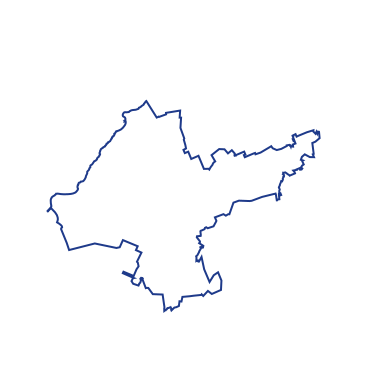 the district of Pitiquito, Sonora, Mexico, rotated 67°
{"feature_id": "50627088B68364674252683", "entity_name": "Pitiquito", "entity_type": "district", "adm_level": 2, "iso_a3": "MEX", "parent_name": "Mexico", "parent_adm1": "Sonora", "projection": "robinson", "projection_center": [-112.292, 30.097], "detail": "fine", "context": "isolated", "style": "outline", "palette": "blue", "viewbox_px": 384, "rotation_deg": 67, "n_neighbors": 0, "source": "geoboundaries", "source_scale": "gbopen_adm2", "svg_char_len": 5931}
<svg xmlns="http://www.w3.org/2000/svg" viewBox="0 0 384 384"><g transform="rotate(67 192 192)"><path d="M90.4,198.5L90.5,199.0L91.0,199.9L91.7,201.0L92.0,201.8L92.5,202.1L92.8,202.7L93.0,204.0L93.1,204.3L93.2,205.0L93.7,206.1L93.7,208.0L94.4,208.6L94.5,208.9L94.3,211.6L93.3,214.9L93.1,216.2L93.3,217.1L93.2,217.6L93.7,218.9L93.0,221.2L92.3,222.6L92.3,223.7L93.1,224.9L93.6,225.4L94.4,225.8L95.1,225.9L95.5,225.8L96.7,224.9L97.4,224.6L98.3,224.6L99.7,225.2L100.0,225.4L100.0,225.5L100.2,225.3L100.1,225.6L100.5,225.9L99.6,227.1L100.5,225.9L100.7,226.1L100.7,225.8L100.8,225.8L101.0,226.0L100.9,225.7L101.1,225.5L101.8,225.7L102.8,226.2L103.9,227.2L104.4,227.9L105.8,230.4L106.6,232.7L106.7,233.4L106.8,235.3L106.7,237.1L106.5,237.8L106.8,238.0L106.7,238.3L107.0,238.8L107.7,239.6L107.9,240.5L108.3,240.5L108.4,241.0L109.1,241.2L109.8,242.1L109.8,243.1L109.9,243.4L110.1,243.4L110.4,243.6L110.6,244.4L111.2,244.7L111.3,245.1L111.5,245.1L112.0,246.0L113.2,247.5L113.3,248.4L113.5,248.8L113.4,249.8L114.1,250.4L114.1,251.7L114.7,252.0L114.7,252.3L115.2,252.8L115.3,253.3L115.5,253.5L115.6,254.0L115.9,254.1L116.1,254.4L116.1,255.8L116.3,256.8L116.6,257.0L116.6,257.7L117.0,259.2L117.9,260.0L118.1,260.4L118.6,260.6L120.0,261.9L120.3,262.0L121.2,261.8L121.8,262.3L121.9,262.7L122.4,263.0L122.7,263.7L123.2,264.1L123.4,265.3L123.7,265.8L124.0,266.2L124.3,266.3L124.5,266.7L124.9,266.9L125.1,267.3L125.2,267.9L125.4,268.3L125.4,268.5L125.5,268.6L125.5,270.0L125.7,270.4L126.1,270.8L126.5,271.6L126.8,271.9L127.4,272.9L127.6,273.3L127.8,274.7L128.0,275.2L128.4,275.5L129.6,276.0L130.1,277.3L131.1,277.9L131.3,278.2L132.2,280.2L132.5,280.6L133.8,281.1L134.5,281.8L136.0,283.5L136.9,284.0L138.4,285.8L139.2,287.2L139.5,288.0L139.2,289.9L139.0,290.3L139.5,291.1L139.3,292.4L139.4,292.7L140.2,293.5L140.6,293.6L140.8,294.2L141.3,294.3L141.8,295.1L143.4,295.7L144.2,295.6L144.6,295.7L145.2,296.2L145.6,296.7L146.5,298.4L146.9,299.5L146.9,301.9L146.5,304.0L145.8,306.3L144.2,310.5L142.7,313.5L141.0,316.3L140.8,317.1L140.5,317.8L141.1,318.7L141.1,319.2L141.5,319.9L141.5,320.7L141.8,322.3L142.2,323.3L142.6,323.6L142.8,324.0L143.6,324.8L144.7,325.4L147.4,326.4L148.3,326.5L148.6,326.7L149.4,326.8L149.8,326.9L150.0,327.2L150.6,327.3L150.9,327.7L152.1,330.3L152.4,330.5L152.8,332.2L153.1,332.4L153.4,332.4L153.5,332.0L153.2,331.8L152.9,330.9L152.7,330.9L152.5,330.4L152.3,329.3L151.6,328.6L152.4,327.8L157.2,326.0L160.5,325.4L163.0,325.6L164.6,326.1L166.0,327.0L167.2,328.1L169.3,326.6L171.2,325.6L172.3,325.2L173.1,325.2L173.8,325.4L174.3,326.6L175.1,327.0L189.9,327.2L197.4,327.8L201.4,301.6L214.0,283.4L214.6,280.1L209.3,274.4L220.7,263.2L223.6,266.3L228.0,262.2L234.7,269.9L235.9,269.5L239.5,270.2L241.5,273.3L246.5,278.5L238.6,286.2L239.7,287.4L248.5,279.1L248.3,280.1L250.4,282.5L253.5,282.0L257.2,277.8L256.0,276.5L255.7,276.4L255.2,275.0L253.5,273.6L251.6,273.4L251.1,272.4L251.8,271.3L252.5,271.1L253.2,271.7L262.4,272.1L262.4,271.7L263.1,269.9L263.3,269.7L270.7,268.0L274.9,259.1L287.0,262.3L287.9,262.7L288.2,263.0L290.7,264.0L290.4,262.8L290.2,262.6L290.5,262.3L290.1,261.6L290.1,261.1L289.9,261.0L289.6,260.4L289.4,260.2L289.3,259.9L289.6,259.2L289.6,257.5L289.9,257.0L289.8,256.7L291.3,256.6L292.2,257.2L293.0,257.2L291.5,253.4L291.9,251.5L291.8,248.6L287.7,246.2L288.7,244.5L284.8,241.8L287.1,234.7L288.2,230.7L290.4,223.6L290.0,223.1L292.1,222.3L289.3,216.0L293.6,213.6L293.5,205.6L293.5,203.6L285.0,199.5L276.1,199.4L277.1,204.5L281.7,211.0L267.9,211.0L255.5,208.6L258.8,212.8L258.6,213.2L257.5,212.9L257.3,213.3L257.8,213.6L257.6,214.1L257.0,214.4L257.1,214.9L254.1,213.5L252.8,213.3L252.4,211.9L250.1,209.0L249.5,208.6L247.5,205.9L246.1,205.9L246.1,205.0L247.3,204.2L247.4,203.6L246.0,202.6L241.9,205.4L241.2,204.2L240.5,204.0L235.6,205.3L234.7,204.7L235.8,201.2L235.0,200.7L231.4,199.6L231.1,198.8L231.2,197.8L231.1,195.0L230.1,194.1L230.0,192.7L231.5,191.7L232.0,185.6L228.5,181.2L228.0,180.8L224.3,180.8L224.7,171.7L227.0,170.1L226.6,167.3L227.1,166.3L218.0,158.0L218.3,152.2L222.8,142.6L223.4,140.5L223.9,129.4L225.8,117.6L226.0,116.8L226.0,116.5L226.1,115.7L227.3,115.8L232.8,117.2L232.9,116.9L232.3,116.4L232.8,114.4L229.6,113.4L229.6,111.1L228.1,111.1L228.4,111.9L228.6,113.1L227.7,112.8L226.4,111.7L225.1,111.3L224.2,110.4L223.8,110.2L221.9,110.3L221.5,109.8L221.1,109.7L220.3,108.6L219.5,108.2L218.2,106.8L216.8,105.6L217.4,104.9L216.1,103.5L214.9,103.1L214.1,102.0L213.6,101.9L213.6,101.3L212.6,101.0L212.4,100.7L212.1,100.8L212.1,101.0L211.6,101.0L211.1,101.3L210.6,100.5L210.2,100.6L209.9,100.5L210.1,100.1L210.4,98.5L211.9,97.5L212.6,97.2L214.6,95.8L215.1,95.7L215.1,89.9L213.6,89.8L211.8,90.4L212.5,86.9L212.1,86.9L212.1,83.8L213.7,83.8L214.1,82.4L213.5,81.3L211.9,82.0L210.7,80.3L210.3,78.4L206.4,78.5L206.3,77.6L204.9,79.2L202.6,77.1L201.4,73.5L205.9,69.9L207.6,66.1L204.5,66.1L204.5,65.1L193.9,62.1L193.9,58.8L192.3,53.5L186.6,51.7L186.2,51.6L185.6,52.6L187.1,53.8L185.1,53.8L186.7,55.5L183.7,56.7L182.6,56.1L181.9,62.9L181.8,72.3L181.9,74.1L179.2,74.1L179.4,77.3L179.6,77.3L179.5,76.8L179.9,76.8L179.9,77.5L182.8,77.6L182.7,78.6L184.8,78.6L184.8,77.7L187.8,77.8L187.7,80.8L188.1,81.1L188.3,81.1L188.2,81.0L188.4,80.8L189.7,81.2L188.9,82.6L188.5,82.9L188.5,83.0L188.9,83.3L187.5,83.3L187.5,83.8L186.7,83.9L186.1,86.6L186.7,86.8L187.2,93.0L186.5,97.6L183.3,100.6L180.8,101.2L180.9,101.6L182.5,113.5L182.1,118.8L180.7,118.7L180.6,120.3L180.6,129.8L178.3,129.8L178.3,128.2L175.2,128.2L175.2,137.6L175.5,137.6L175.3,138.5L174.9,138.4L174.7,138.5L173.4,137.6L169.1,139.0L170.5,143.8L165.4,145.4L163.1,150.2L165.7,159.6L172.9,158.7L173.2,160.0L173.7,161.2L174.2,161.8L174.9,162.4L176.6,165.4L178.1,167.3L177.1,167.7L175.4,172.0L161.2,171.9L161.3,179.8L153.4,179.7L153.4,183.4L149.9,183.4L149.6,180.5L146.3,179.8L140.6,179.1L139.7,178.2L128.5,177.6L119.3,173.0L118.7,174.3L112.4,171.1L109.0,185.0L110.4,185.5L110.0,193.0L109.6,193.2L109.7,195.4L90.4,198.5Z" fill="none" stroke="#1e3a8a" stroke-width="2"/></g></svg>